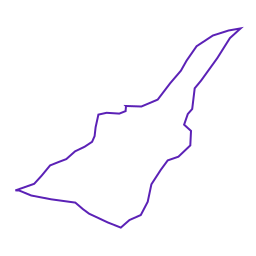 Säter, Dalarna, Sweden (Mercator projection)
{"feature_id": "70781695B35872572180279", "entity_name": "Säter", "entity_type": "district", "adm_level": 2, "iso_a3": "SWE", "parent_name": "Sweden", "parent_adm1": "Dalarna", "projection": "mercator", "projection_center": [15.721, 60.435], "detail": "fine", "context": "isolated", "style": "outline", "palette": "violet", "viewbox_px": 256, "rotation_deg": 0, "n_neighbors": 0, "source": "geoboundaries", "source_scale": "gbopen_adm2", "svg_char_len": 709}
<svg xmlns="http://www.w3.org/2000/svg" viewBox="0 0 256 256"><path d="M120.8,227.6L129.5,220.0L140.8,215.0L147.7,201.8L151.4,184.3L160.8,169.8L167.7,160.4L178.4,156.7L190.3,145.4L191.0,130.9L184.1,124.7L187.8,114.0L192.2,109.0L194.7,88.3L201.0,80.7L217.3,58.1L229.9,38.1L240.6,28.4L228.6,30.5L212.9,35.5L196.6,46.2L186.6,60.6L180.9,70.7L170.2,83.2L157.7,99.6L141.4,106.5L125.9,106.0L126.0,106.1L125.6,111.1L119.3,113.6L106.6,112.8L98.4,114.6L95.6,127.3L94.6,136.1L92.1,141.8L84.7,146.7L75.1,151.3L66.3,159.1L58.9,161.9L50.1,165.4L41.6,175.7L34.2,183.8L15.4,190.4L19.1,190.5L31.2,195.5L51.1,199.3L75.3,202.6L83.0,209.2L89.1,213.7L107.9,222.5L120.8,227.6Z" fill="none" stroke="#5b21b6" stroke-width="2"/></svg>